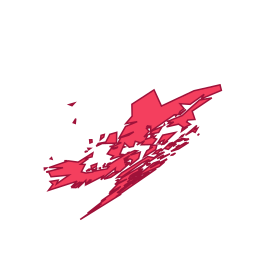 map outline of Nunavut (Equal Earth projection), rotated 147°
{"feature_id": "CAN-634", "entity_name": "Nunavut", "entity_type": "Territory", "adm_level": 1, "iso_a3": "CAN", "parent_name": "Canada", "parent_adm1": "", "projection": "equal_earth", "projection_center": [-85.605, 67.518], "detail": "fine", "context": "isolated", "style": "filled", "palette": "rose", "viewbox_px": 256, "rotation_deg": 147, "n_neighbors": 0, "source": "natural_earth", "source_scale": "10m", "svg_char_len": 5873}
<svg xmlns="http://www.w3.org/2000/svg" viewBox="0 0 256 256"><g transform="rotate(147 128 128)"><path d="M81.9,113.9L110.9,113.0L108.7,115.9L112.3,117.6L108.5,117.4L110.5,119.2L111.2,118.9L109.7,117.9L112.7,117.7L112.2,113.8L119.5,111.8L115.3,111.4L119.4,108.9L109.4,106.4L112.0,105.5L110.0,103.1L116.6,100.9L126.0,106.7L121.2,108.3L129.9,109.0L126.1,109.3L129.1,112.9L133.5,109.6L137.4,111.2L139.0,117.2L149.1,110.5L145.6,107.7L160.1,111.3L155.4,112.5L159.5,117.6L153.2,120.0L151.2,118.1L150.5,118.7L149.7,117.7L147.8,117.4L146.8,117.9L148.9,117.9L148.4,118.0L150.5,118.8L152.1,120.6L151.7,120.7L141.4,119.4L144.6,120.8L139.3,123.9L131.4,121.6L125.2,121.6L140.8,124.6L129.2,130.6L116.8,128.3L127.6,132.9L118.1,135.7L111.8,145.8L85.4,145.8L88.0,128.2L52.4,123.3L27.3,114.1L29.2,108.7L50.5,112.6L45.8,114.8L63.0,114.0L71.2,120.1L70.5,113.7L75.3,113.5L78.4,111.8L69.3,112.0L76.8,110.8L81.9,113.9ZM183.8,120.8L191.0,116.6L187.9,113.2L181.5,110.3L175.5,111.7L178.8,109.8L167.7,105.1L165.2,105.9L168.0,107.6L144.9,107.2L134.6,105.4L132.6,103.7L140.9,104.0L130.9,101.1L135.7,96.7L147.1,95.6L141.8,98.7L142.9,100.8L148.0,103.1L146.8,103.0L141.5,104.0L148.1,104.2L148.7,101.9L146.6,101.9L145.6,101.2L144.1,100.9L150.1,100.8L145.2,98.2L150.8,98.6L145.9,97.6L158.4,95.8L162.7,98.6L160.4,101.2L178.9,99.4L175.2,101.3L192.7,103.1L191.6,103.8L189.7,103.7L187.5,104.5L188.2,105.2L194.4,103.7L191.9,107.1L202.0,105.3L201.8,106.0L197.5,106.7L195.5,107.7L204.1,106.3L206.7,108.1L197.2,108.8L208.0,109.4L199.6,111.1L228.7,119.0L221.6,121.6L222.4,125.6L214.9,122.3L218.4,120.0L203.1,120.6L219.1,129.0L218.4,134.9L204.1,130.1L215.7,137.8L195.9,132.9L188.4,126.5L171.0,126.3L173.9,123.4L181.5,126.2L179.0,123.9L187.5,123.4L183.8,120.8ZM217.9,77.3L193.8,78.2L201.9,78.5L191.3,79.0L208.3,78.6L185.0,80.7L190.8,81.0L189.0,81.5L168.2,82.3L179.1,82.6L179.2,82.9L165.8,82.9L178.8,83.9L166.7,86.6L156.7,85.8L169.8,87.8L159.5,89.5L132.9,88.4L142.4,87.0L137.5,85.4L149.0,86.7L152.0,86.6L155.5,84.9L148.1,86.2L145.3,85.3L150.3,84.7L148.5,83.9L145.8,84.9L139.6,84.8L141.4,83.6L155.4,83.9L152.6,83.4L157.1,83.3L158.0,82.9L154.8,83.3L148.1,82.9L149.0,82.7L150.4,82.9L152.0,83.0L152.3,82.9L142.8,80.5L160.6,81.9L163.1,81.6L152.7,80.5L168.1,80.1L162.3,80.0L172.6,79.6L165.4,79.5L171.8,78.6L146.9,80.2L142.1,80.0L155.1,79.0L139.2,79.9L134.0,79.5L142.2,79.3L148.1,78.9L126.6,78.3L175.6,76.9L169.7,76.4L170.4,76.3L217.9,77.3ZM67.2,98.7L73.4,102.1L75.5,101.2L73.6,97.0L80.8,97.7L83.5,103.7L95.0,107.9L86.3,108.2L91.7,110.0L87.5,111.3L75.9,108.9L52.8,112.5L41.3,107.6L65.0,107.2L67.2,98.7ZM131.1,82.5L111.9,80.9L119.1,81.1L112.3,80.5L121.0,80.1L115.9,79.6L122.7,78.7L147.6,82.5L125.9,84.7L119.2,83.1L131.1,82.5ZM164.4,92.4L157.5,93.8L126.9,93.3L122.4,88.9L115.2,89.2L110.4,88.0L129.1,88.2L127.1,88.6L134.4,89.2L126.9,89.1L131.3,89.6L128.2,89.7L128.3,90.2L135.1,91.2L159.5,90.3L164.4,92.4ZM111.0,99.4L102.7,103.1L90.5,98.4L106.9,95.3L109.5,95.9L107.2,96.3L104.4,98.2L111.0,99.4ZM164.6,130.0L161.3,131.2L154.3,128.3L146.7,132.6L139.8,130.5L145.9,121.6L158.2,129.1L164.6,130.0ZM130.6,95.2L124.7,98.6L117.5,98.6L120.2,99.5L118.2,100.9L113.1,97.9L116.6,94.8L130.6,95.2ZM108.6,91.0L101.4,92.4L98.1,91.4L104.1,90.5L92.3,91.0L91.6,90.7L105.8,88.1L108.6,91.0ZM69.6,90.0L74.1,87.7L75.7,90.3L83.8,90.6L68.9,92.7L73.1,90.5L69.6,90.0ZM85.0,82.8L97.0,82.9L104.8,85.0L88.1,84.5L86.4,84.0L91.8,83.6L85.0,82.8ZM160.4,96.1L169.3,96.0L176.0,98.2L164.8,98.6L160.4,96.1ZM113.4,111.0L108.9,112.5L98.8,110.5L104.8,107.6L113.4,111.0ZM120.9,92.5L116.8,93.3L111.0,92.4L116.5,90.7L120.9,92.5ZM116.6,85.2L106.8,83.5L117.4,84.3L116.6,85.2ZM181.1,113.4L179.5,116.5L173.5,115.1L175.5,113.1L181.1,113.4ZM84.9,96.1L82.4,98.3L80.1,97.0L77.3,96.5L84.9,96.1ZM157.6,133.2L154.6,136.5L151.4,135.5L153.3,133.6L157.6,133.2ZM115.2,85.5L120.4,86.4L112.7,86.0L115.2,85.5ZM168.1,136.1L166.6,139.0L164.7,137.8L165.8,135.7L168.1,136.1ZM133.0,86.5L130.7,86.9L128.3,86.1L131.1,85.9L133.0,86.5ZM87.8,86.9L85.2,87.0L82.8,85.7L84.6,85.7L87.8,86.9ZM101.8,81.1L105.0,80.9L106.3,81.5L105.7,81.7L101.8,81.1ZM162.8,177.2L164.6,179.7L159.3,178.1L162.8,177.2ZM93.0,89.4L86.9,89.4L92.5,89.0L93.0,89.4ZM89.0,91.8L87.1,92.3L85.0,92.0L86.8,91.2L89.0,91.8ZM87.4,89.0L86.6,88.3L91.6,88.7L87.4,89.0ZM186.8,114.6L183.3,114.8L182.0,114.0L183.4,113.4L186.8,114.6ZM171.0,162.3L166.7,164.3L169.7,160.6L171.0,162.3ZM105.7,95.4L101.6,95.3L107.4,94.8L105.7,95.4ZM172.9,131.2L172.7,132.8L170.5,131.3L172.9,131.2ZM170.1,109.5L166.1,110.8L168.4,109.4L170.1,109.5ZM140.8,113.8L142.9,114.3L141.8,115.0L140.8,113.8ZM94.0,85.7L96.3,85.3L98.6,85.7L96.0,85.8L94.0,85.7ZM166.3,108.2L164.1,108.9L161.3,108.2L166.3,108.2ZM132.0,87.7L132.0,88.6L130.1,88.0L132.0,87.7ZM71.3,84.4L73.0,83.9L73.6,84.1L71.3,84.4ZM153.7,122.5L149.4,120.8L150.9,121.0L153.7,122.5ZM220.7,138.6L220.0,140.0L218.0,138.8L220.7,138.6ZM173.2,109.1L174.5,110.2L172.8,109.7L173.2,109.1ZM92.6,90.3L90.1,90.4L94.6,89.9L92.6,90.3ZM147.2,122.3L148.1,121.5L149.0,122.7L147.2,122.3ZM199.3,134.1L198.6,134.9L196.6,133.6L199.3,134.1ZM208.7,143.2L209.9,144.5L208.3,144.8L208.7,143.2ZM174.3,130.5L177.5,131.2L176.0,131.5L174.3,130.5ZM180.9,111.7L181.1,112.9L179.7,111.9L180.9,111.7ZM93.6,89.7L89.2,90.1L88.4,89.9L93.6,89.7ZM113.3,90.9L109.8,91.0L111.9,90.6L113.3,90.9ZM189.2,104.2L192.1,103.9L190.0,104.6L189.2,104.2ZM165.8,89.5L166.3,90.2L163.7,90.1L165.8,89.5ZM112.5,109.4L111.7,108.4L113.1,108.8L112.5,109.4ZM109.1,98.1L109.7,97.3L110.4,97.7L109.1,98.1ZM168.8,108.4L170.9,108.4L167.8,108.9L168.8,108.4ZM100.0,88.0L95.8,88.3L100.3,88.0L100.0,88.0ZM96.4,110.6L95.3,111.4L95.4,110.6L96.4,110.6ZM117.8,89.8L118.4,90.3L116.6,89.9L117.8,89.8ZM141.6,107.3L139.6,106.9L142.7,107.2L141.6,107.3ZM90.6,111.2L91.1,112.1L89.4,111.6L90.6,111.2ZM81.6,112.0L81.5,112.7L80.2,112.1L81.6,112.0ZM219.7,134.9L220.6,135.7L219.2,135.3L219.7,134.9ZM110.5,109.4L108.6,108.6L110.6,109.0L110.5,109.4Z" fill="#f43f5e" stroke="#9f1239" stroke-width="1.5"/></g></svg>